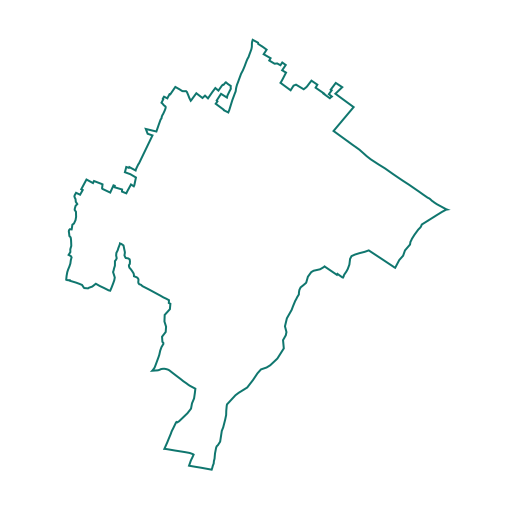 La Magdalena Tlaltelulco, Tlaxcala, Mexico, rotated 93°
{"feature_id": "50627088B59456591358447", "entity_name": "La Magdalena Tlaltelulco", "entity_type": "district", "adm_level": 2, "iso_a3": "MEX", "parent_name": "Mexico", "parent_adm1": "Tlaxcala", "projection": "orthographic", "projection_center": [-98.191, 19.28], "detail": "fine", "context": "isolated", "style": "outline", "palette": "teal", "viewbox_px": 512, "rotation_deg": 93, "n_neighbors": 0, "source": "geoboundaries", "source_scale": "gbopen_adm2", "svg_char_len": 6019}
<svg xmlns="http://www.w3.org/2000/svg" viewBox="0 0 512 512"><g transform="rotate(93 256 256)"><path d="M82.9,178.7L79.0,185.4L86.0,190.1L86.6,189.1L90.6,191.7L92.8,188.6L93.8,189.8L94.6,190.5L90.4,197.0L90.1,196.7L84.8,205.3L81.7,203.7L78.0,209.8L78.6,210.2L81.6,212.3L84.0,213.9L85.1,214.9L87.0,217.1L82.8,225.0L83.9,227.4L88.7,230.1L81.8,240.6L80.6,239.9L77.7,238.5L73.7,236.7L71.3,235.6L69.2,239.6L63.7,236.3L61.4,239.9L64.2,241.6L62.6,244.9L63.0,247.5L60.1,253.0L57.7,251.8L54.1,258.9L49.4,256.2L47.1,259.7L44.1,264.9L42.9,265.1L40.3,270.6L41.9,271.0L43.5,271.2L47.3,271.1L48.1,271.2L49.5,271.4L50.3,271.6L52.9,272.4L55.1,273.1L56.5,273.5L58.1,274.0L58.7,274.4L59.8,274.9L61.4,275.5L64.2,276.4L66.8,277.2L68.8,277.9L71.5,278.9L74.7,280.4L80.8,282.3L83.5,283.1L85.8,283.9L88.1,284.4L89.9,284.7L92.4,284.9L93.2,285.1L94.6,285.6L97.5,286.5L101.6,287.8L111.9,290.4L114.1,291.2L114.0,291.4L112.1,295.8L111.8,295.9L111.6,295.9L106.1,304.2L103.6,302.6L102.8,303.4L95.9,299.4L99.3,293.3L97.2,292.9L92.5,290.9L90.4,289.9L89.0,290.1L87.5,290.1L85.7,293.1L84.1,295.2L84.2,295.4L86.8,297.4L86.8,298.2L87.7,299.0L92.8,302.2L90.4,305.4L94.6,308.2L95.4,308.7L101.1,312.2L98.5,315.3L101.0,317.7L98.2,321.8L96.6,324.1L101.3,327.2L103.8,328.8L104.4,329.3L101.6,330.9L99.1,332.0L95.8,333.6L95.0,334.6L95.1,335.2L95.2,336.6L95.2,337.1L95.2,337.7L95.2,338.2L93.5,341.2L91.4,345.4L99.1,350.1L98.9,350.8L102.9,352.7L103.2,352.8L101.7,356.2L102.0,356.4L103.9,357.3L104.3,356.8L107.9,358.4L108.7,357.4L110.4,355.8L111.3,354.4L111.9,354.0L112.8,354.0L114.4,354.4L116.1,355.0L118.1,355.8L119.3,356.3L120.3,356.9L121.5,357.3L122.4,357.5L122.9,357.5L123.5,357.6L123.8,357.8L124.7,358.4L129.3,359.8L136.9,362.0L134.9,372.7L139.6,370.6L141.0,365.7L169.9,377.8L170.5,378.3L175.3,380.3L176.9,380.7L173.8,387.2L174.6,387.6L173.9,390.2L179.2,391.3L180.9,385.7L183.9,380.0L189.0,380.8L191.6,381.2L192.8,381.7L191.1,384.6L196.2,387.0L196.7,387.3L200.2,388.8L198.7,393.2L196.6,393.2L194.8,400.7L193.3,400.7L192.9,402.0L200.3,404.9L197.0,412.9L196.3,413.3L195.4,413.2L194.3,413.1L193.6,413.1L192.5,413.0L192.2,413.7L189.6,421.7L191.7,422.6L189.3,427.6L188.5,429.3L198.5,434.0L199.2,432.5L204.0,434.9L202.3,439.0L204.5,440.1L205.8,440.5L207.3,440.0L208.6,439.2L211.3,438.8L213.5,437.2L215.4,438.8L218.0,439.4L219.4,439.5L221.3,438.1L226.3,437.7L229.6,438.1L233.1,439.5L234.3,441.0L238.5,441.4L239.1,441.5L239.0,443.3L240.1,444.1L241.4,444.2L243.3,443.8L245.8,443.4L247.1,442.1L248.2,441.8L250.1,441.5L253.2,441.2L255.6,441.0L259.0,441.8L261.8,441.6L264.7,443.2L265.8,440.9L267.0,440.1L269.8,440.7L273.3,441.0L276.2,441.8L279.3,442.9L281.9,443.6L285.7,444.1L289.6,444.3L290.0,443.2L289.9,440.8L290.4,440.8L292.0,434.3L292.9,431.4L294.0,428.2L296.6,426.3L297.0,425.8L297.1,422.4L297.1,422.0L296.4,421.1L295.1,417.9L292.1,414.5L293.9,410.9L294.2,410.3L295.9,406.1L298.0,401.4L298.3,399.8L297.0,399.3L294.8,398.5L290.8,397.2L287.8,396.3L284.9,395.9L283.2,396.5L279.5,397.9L278.1,397.5L275.8,397.1L273.1,396.4L270.2,396.5L268.5,396.6L266.9,395.5L265.5,395.0L264.3,395.3L262.8,395.7L260.2,395.6L257.5,394.4L255.4,393.9L251.1,392.5L250.6,392.5L251.0,391.1L252.4,388.9L254.2,388.4L256.2,387.9L258.4,387.3L259.6,387.1L262.2,387.4L263.6,386.8L264.8,386.0L265.1,383.4L266.0,382.0L267.8,381.6L270.5,381.6L271.8,382.4L272.9,382.3L274.3,381.8L275.8,380.3L277.7,378.8L279.7,377.4L280.5,377.1L281.6,376.9L282.6,376.8L282.8,376.2L283.3,374.6L283.9,373.3L285.0,372.4L285.9,372.1L287.7,372.2L288.9,372.1L289.6,371.7L290.3,371.1L290.4,370.6L290.9,369.1L291.7,368.3L291.9,367.9L292.1,367.7L295.1,361.0L300.6,349.4L302.2,346.3L303.3,343.5L304.7,340.6L307.5,340.6L308.2,339.0L313.6,339.2L319.6,344.1L326.2,344.0L331.3,342.1L336.6,342.2L341.5,345.6L346.6,345.0L347.6,344.0L348.7,343.9L349.8,344.5L350.6,344.9L350.8,345.0L351.9,345.6L355.5,346.7L359.7,347.4L361.9,348.0L370.3,350.6L372.7,351.4L373.7,352.0L375.5,353.2L376.0,353.6L375.6,350.5L375.4,348.6L375.1,347.3L374.4,345.8L373.9,344.9L373.5,343.0L373.4,341.7L373.6,340.0L374.0,338.2L374.6,336.8L375.4,335.6L376.4,334.2L379.3,330.0L383.1,324.4L384.8,322.1L386.8,318.8L388.1,316.9L389.0,315.4L391.7,309.6L396.2,309.9L401.5,310.4L406.5,312.2L411.8,312.9L416.6,316.2L425.1,324.2L426.3,326.0L425.9,326.6L426.3,327.1L433.2,330.0L434.2,330.5L436.0,331.2L437.8,331.7L443.4,333.7L446.9,334.9L453.4,337.4L453.4,336.5L453.6,334.3L454.4,327.6L454.6,325.9L454.7,324.8L455.3,319.1L455.6,316.3L455.9,314.0L456.1,312.4L456.2,312.0L456.3,311.4L457.0,309.2L457.3,308.4L457.6,307.9L460.5,309.0L463.5,310.3L466.6,311.2L468.9,311.9L469.0,311.3L469.7,305.4L470.3,299.8L471.7,289.1L469.9,288.6L467.5,288.1L465.5,287.4L463.0,287.3L460.6,286.8L455.3,286.6L449.6,285.8L448.1,285.3L446.8,284.1L443.3,282.1L438.5,281.6L432.4,281.0L428.9,279.8L420.9,278.2L416.4,277.5L412.1,277.6L407.2,277.4L405.7,277.2L396.1,269.2L393.5,266.1L387.8,257.9L380.0,252.5L373.1,248.4L369.0,245.1L366.8,239.6L364.4,236.1L357.3,229.3L346.8,223.4L338.6,224.6L333.6,222.1L330.4,221.6L324.7,223.4L316.6,221.9L308.0,217.6L303.9,216.3L298.8,214.5L297.0,213.6L294.7,212.6L292.2,211.2L290.1,211.2L287.6,210.9L285.0,209.8L282.6,207.1L280.3,204.7L279.7,204.4L274.0,203.1L269.2,200.0L267.7,197.7L265.9,191.3L264.8,189.6L263.5,187.7L262.8,187.0L263.4,186.1L270.6,174.2L269.6,173.7L272.8,168.7L273.0,168.0L271.8,167.4L270.8,167.3L269.3,166.5L266.9,165.0L264.2,163.7L259.7,162.3L254.0,161.9L251.1,160.6L250.6,159.6L249.4,157.3L247.8,153.0L246.2,147.8L245.5,146.1L244.5,143.7L252.4,130.2L259.5,118.2L259.9,117.6L260.5,116.4L252.5,112.7L248.0,109.1L242.6,107.5L236.5,102.8L233.8,102.5L232.3,101.8L230.7,101.2L226.4,98.8L221.2,95.4L218.7,93.2L217.4,92.6L215.9,92.1L205.0,76.6L204.4,75.7L202.3,72.7L199.8,68.6L199.6,67.7L199.2,68.9L194.8,78.1L193.1,81.0L192.7,81.5L191.6,83.3L190.2,84.9L189.5,85.9L188.8,87.6L185.9,92.3L183.1,96.7L176.7,107.1L173.2,113.2L169.9,118.7L167.1,123.3L161.8,131.7L158.2,138.3L153.8,145.9L153.1,147.0L150.5,150.7L144.4,158.3L139.4,166.2L127.1,185.1L116.1,176.8L102.2,166.3L95.6,176.4L89.8,185.2L82.9,178.7Z" fill="none" stroke="#0f766e" stroke-width="2"/></g></svg>